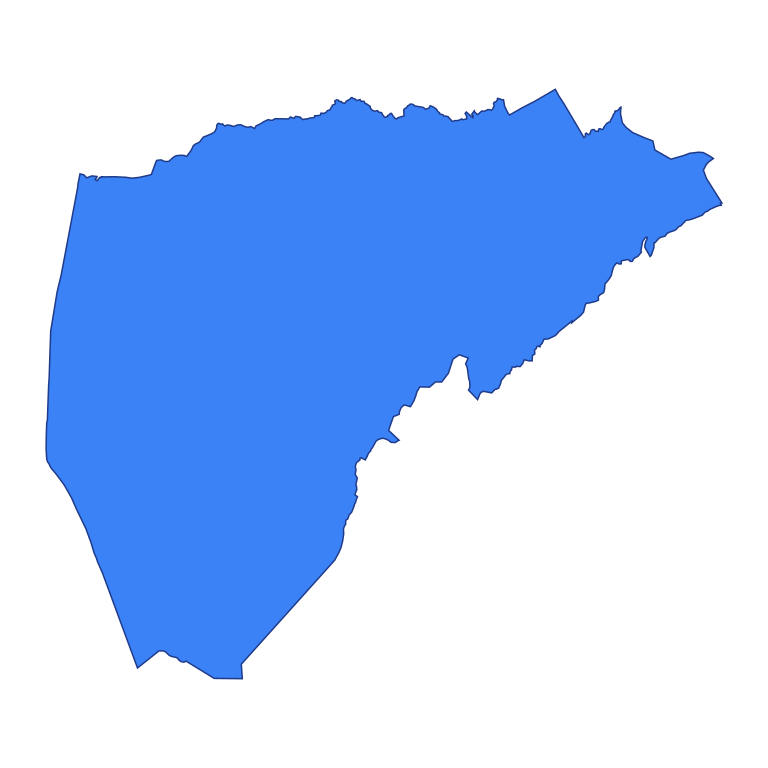 the district of Huixquilucan, México, Mexico
{"feature_id": "50627088B22281598163621", "entity_name": "Huixquilucan", "entity_type": "district", "adm_level": 2, "iso_a3": "MEX", "parent_name": "Mexico", "parent_adm1": "México", "projection": "mercator", "projection_center": [-99.319, 19.371], "detail": "fine", "context": "isolated", "style": "filled", "palette": "blue", "viewbox_px": 768, "rotation_deg": 0, "n_neighbors": 0, "source": "geoboundaries", "source_scale": "gbopen_adm2", "svg_char_len": 6071}
<svg xmlns="http://www.w3.org/2000/svg" viewBox="0 0 768 768"><path d="M137.5,668.0L158.8,651.0L162.1,650.8L164.2,651.2L165.5,651.8L169.4,655.5L171.8,656.5L176.8,657.6L179.6,660.7L180.9,661.5L183.2,662.1L184.7,661.9L186.0,661.1L214.2,678.4L242.3,678.7L241.3,664.2L334.7,560.2L339.0,552.3L341.0,547.5L342.6,541.2L343.7,534.0L343.5,528.9L344.4,526.1L345.6,524.6L345.7,520.3L347.7,519.0L349.1,515.0L351.6,512.3L353.9,506.6L354.8,503.6L355.6,502.5L355.8,500.8L357.5,496.7L355.0,494.8L355.4,493.0L356.8,489.7L356.5,486.2L355.8,485.0L357.3,478.0L355.2,474.3L356.0,469.8L355.3,466.7L355.9,464.2L356.7,462.4L359.9,460.0L360.0,458.2L361.0,457.8L365.3,459.9L367.5,455.8L368.0,454.1L369.7,451.8L370.7,450.9L370.8,449.6L372.3,447.9L376.0,441.2L378.0,439.6L382.4,438.2L385.1,438.8L388.4,440.2L391.0,442.3L395.0,442.6L397.5,441.1L399.1,440.3L388.6,430.4L393.4,416.6L399.2,414.3L399.5,411.4L401.3,407.4L404.4,404.9L410.4,406.7L413.9,400.8L415.8,395.8L416.9,391.9L419.8,386.9L429.6,387.1L435.5,381.9L441.7,382.0L448.4,373.2L453.0,359.1L459.3,354.8L468.2,358.0L465.6,363.8L467.2,367.4L468.8,379.1L469.6,381.1L469.9,386.1L469.5,388.4L468.5,390.1L477.6,399.6L480.0,393.7L481.1,392.4L482.1,391.8L483.9,391.4L491.7,392.9L495.0,389.4L496.3,389.2L498.6,388.2L500.6,383.6L501.3,380.5L506.1,374.6L507.8,373.7L509.8,373.7L510.2,371.3L511.4,370.1L512.1,367.0L515.7,367.1L516.3,366.3L520.1,366.6L522.6,363.7L524.2,359.8L529.4,360.9L532.2,360.8L532.4,355.6L534.8,354.0L534.6,350.3L534.9,349.5L535.7,349.2L536.4,348.2L536.9,346.7L537.3,346.4L538.3,346.2L540.0,346.8L540.1,345.4L542.1,343.4L544.0,339.2L548.3,338.9L555.5,335.5L559.2,331.3L571.9,321.1L571.7,322.8L581.5,314.7L581.9,313.8L583.5,312.3L585.3,304.5L586.7,303.2L589.1,303.0L595.7,301.4L598.4,300.2L598.5,299.1L598.2,297.5L598.8,295.9L599.7,295.0L603.6,292.6L604.4,290.3L605.0,284.0L608.0,280.5L610.0,277.7L611.3,275.4L612.6,269.9L614.0,266.2L615.6,264.1L616.8,262.9L617.3,262.9L618.8,263.9L620.9,264.0L621.2,263.7L621.3,263.1L621.0,261.7L621.6,260.8L626.4,259.8L627.8,259.6L628.8,259.8L630.0,261.2L630.5,261.5L632.3,261.3L633.9,258.5L638.2,256.0L641.5,252.0L640.9,250.7L642.5,242.0L643.1,240.7L645.4,237.6L647.1,237.3L646.8,239.7L645.9,241.1L644.9,244.9L644.9,247.4L650.1,256.5L651.3,255.2L654.0,247.3L653.9,242.8L654.9,242.8L658.8,238.5L660.9,237.2L665.0,236.2L667.1,233.4L669.6,232.1L674.8,230.4L676.4,229.2L678.4,226.9L681.1,225.6L685.6,220.7L687.0,220.1L688.8,220.0L692.6,218.9L702.4,215.1L704.6,212.5L705.9,211.7L707.4,211.3L710.2,209.2L716.3,206.5L719.1,205.5L721.3,205.3L720.5,203.2L721.9,203.0L706.3,178.2L703.4,170.1L706.2,164.7L708.3,162.2L713.4,158.5L709.8,156.1L703.3,152.6L698.6,152.2L689.5,153.3L683.8,155.5L670.9,159.2L654.9,150.0L652.9,141.0L644.6,137.8L632.7,132.6L626.1,127.4L622.4,122.9L620.6,114.3L620.6,110.2L621.0,108.6L620.9,107.1L620.0,107.6L618.8,109.4L617.2,110.9L615.9,110.8L614.9,111.3L614.8,112.8L613.1,114.9L613.1,115.8L610.6,120.3L610.1,121.9L609.0,122.1L606.8,123.4L603.8,127.3L603.2,129.2L601.7,129.5L600.5,128.8L599.2,128.7L598.4,129.9L598.3,131.4L595.3,131.2L594.2,129.6L592.6,129.6L591.2,130.3L589.7,134.1L588.4,134.6L586.4,133.1L585.4,133.7L585.3,136.6L584.0,137.6L564.0,103.8L558.7,95.7L555.3,89.3L535.3,101.0L522.3,107.7L509.5,115.0L508.2,113.4L507.2,111.6L504.6,106.1L503.5,99.7L501.8,99.9L500.7,99.2L497.8,98.3L497.2,99.0L497.6,99.9L495.8,101.8L494.4,102.2L493.5,103.4L494.2,105.7L492.4,109.5L491.4,110.3L489.7,109.6L487.5,109.7L485.3,110.9L484.2,111.2L481.8,111.0L477.5,114.7L474.8,112.2L474.3,110.8L471.8,114.2L473.1,116.0L472.8,117.7L466.3,112.0L465.1,113.4L466.7,116.4L466.5,119.0L462.9,119.7L461.6,118.9L459.3,120.1L457.3,120.6L454.9,120.6L452.9,121.3L452.1,121.3L451.7,120.9L450.5,119.2L449.4,118.5L448.3,116.8L446.0,116.1L443.9,116.2L443.0,114.8L440.1,114.0L439.7,113.7L439.5,112.7L437.5,111.4L437.3,110.3L436.4,109.5L435.9,108.5L434.6,108.1L433.9,107.3L430.6,105.8L430.2,105.8L428.9,108.1L425.4,109.3L423.9,107.8L422.7,107.3L414.6,105.9L414.4,105.4L412.2,104.1L410.0,104.2L408.5,105.6L407.6,105.9L406.7,107.5L404.1,109.1L403.7,110.5L404.0,111.3L403.8,112.1L404.1,115.8L401.2,116.8L400.3,116.9L399.1,117.6L398.4,117.5L396.5,118.9L395.4,118.6L393.3,116.4L391.4,113.4L390.2,113.5L389.1,114.9L387.7,115.5L387.5,116.5L385.3,117.3L384.5,117.1L382.5,114.6L382.0,113.2L380.9,112.4L379.2,112.4L377.5,110.6L375.1,111.2L373.8,111.0L372.0,110.1L370.3,107.9L370.2,106.4L366.4,103.8L365.3,103.7L364.0,101.3L361.0,101.3L360.0,99.5L357.9,100.3L356.6,100.5L355.3,99.1L352.9,98.3L352.0,97.6L351.1,97.7L350.0,99.2L346.3,101.1L346.0,101.9L344.8,103.3L342.5,102.8L341.2,101.5L339.0,101.5L338.6,100.3L337.0,99.8L334.9,100.7L334.9,102.1L335.5,103.1L334.8,104.3L332.3,105.2L332.0,106.9L331.1,107.5L330.1,109.7L327.2,110.8L326.5,112.0L323.5,113.6L322.1,113.1L320.8,113.3L320.7,114.7L320.4,115.0L318.8,115.5L314.7,115.8L314.7,116.9L313.3,117.7L309.4,118.1L307.9,118.9L306.8,118.8L303.6,119.3L303.1,119.6L301.5,118.6L300.1,117.1L295.6,116.4L294.1,118.3L290.4,117.0L288.6,118.9L275.2,118.7L272.0,120.4L268.0,119.7L263.5,121.8L260.6,123.8L256.0,125.9L254.6,128.5L250.8,126.6L247.7,127.4L243.8,126.2L241.0,124.8L237.6,124.9L233.7,126.5L229.9,125.3L227.1,125.0L224.6,126.1L222.5,123.9L220.5,124.3L219.5,123.4L218.0,123.5L217.1,124.5L216.7,125.9L216.6,127.9L214.8,131.7L211.5,133.8L203.2,137.2L199.9,141.6L198.9,142.5L195.3,144.1L194.8,144.7L193.5,145.5L190.9,150.8L186.8,156.2L185.8,156.3L184.7,155.6L182.2,155.3L178.3,155.4L176.7,155.7L175.0,156.2L173.1,157.5L169.2,161.1L167.8,161.5L164.4,161.4L161.2,159.9L157.1,160.3L156.6,160.6L155.9,161.9L151.4,174.4L149.5,175.1L139.6,177.3L133.8,178.0L131.2,178.1L126.0,177.3L113.8,176.7L105.9,176.9L101.5,176.7L101.5,177.3L99.8,177.4L97.1,180.7L95.1,179.4L96.8,177.4L97.0,176.5L91.8,175.9L86.7,177.8L83.8,174.8L80.0,173.9L78.1,183.3L77.7,187.3L61.3,274.4L57.1,292.0L50.7,331.0L49.1,378.8L48.6,385.8L47.4,419.8L46.7,423.3L46.3,435.3L46.1,448.5L46.7,459.1L47.5,461.7L49.1,464.0L50.1,466.4L51.8,469.0L55.8,473.6L64.1,484.8L71.5,497.8L76.2,508.6L86.0,528.9L91.1,542.9L94.0,552.7L96.4,558.2L97.6,562.0L102.4,572.8L137.5,668.0Z" fill="#3b82f6" stroke="#1e3a8a" stroke-width="1.5"/></svg>